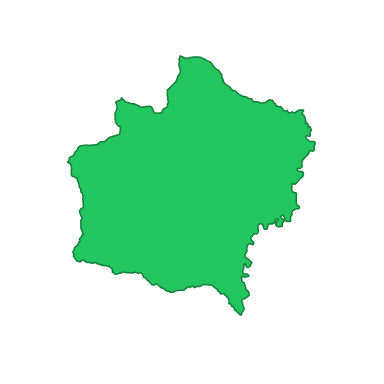 outline of Balboa, Cauca, Colombia, rotated 341°
{"feature_id": "7082276B98120491021397", "entity_name": "Balboa", "entity_type": "district", "adm_level": 2, "iso_a3": "COL", "parent_name": "Colombia", "parent_adm1": "Cauca", "projection": "albers", "projection_center": [-77.202, 2.077], "detail": "fine", "context": "isolated", "style": "filled", "palette": "green", "viewbox_px": 384, "rotation_deg": 341, "n_neighbors": 0, "source": "geoboundaries", "source_scale": "gbopen_adm2", "svg_char_len": 6010}
<svg xmlns="http://www.w3.org/2000/svg" viewBox="0 0 384 384"><g transform="rotate(341 192 192)"><path d="M91.8,118.9L87.3,119.5L86.2,121.6L85.3,122.6L84.2,123.1L84.6,124.2L85.7,124.6L86.0,125.1L86.3,128.0L85.8,130.6L85.0,131.8L84.8,133.0L83.7,135.5L83.6,137.2L84.1,138.4L85.5,139.1L86.7,140.9L88.0,141.4L87.5,142.5L87.7,148.2L87.3,148.9L87.0,150.8L87.7,152.7L87.0,156.1L87.8,157.2L87.8,157.8L87.4,161.5L86.4,162.9L86.5,164.3L85.7,165.3L85.7,166.9L85.0,168.7L84.7,170.6L83.7,171.2L81.2,171.9L79.4,173.4L79.1,178.1L79.7,180.2L79.5,181.0L78.0,182.3L77.3,183.4L77.1,185.0L76.5,185.8L76.4,186.5L75.4,189.3L75.1,191.1L75.4,192.2L75.2,195.7L75.4,196.8L75.1,197.1L73.8,197.1L73.6,198.1L72.4,198.5L72.1,199.1L70.7,199.4L70.2,200.1L70.5,201.4L70.0,202.0L68.7,202.5L68.3,203.7L67.0,204.2L66.8,205.0L63.0,206.3L62.2,207.6L59.6,210.2L60.1,212.0L58.9,214.4L59.4,215.3L60.4,219.1L61.5,220.7L62.2,220.8L63.0,221.4L64.3,221.7L65.5,220.4L67.3,221.3L68.2,223.0L69.0,223.1L69.3,224.1L69.8,224.5L72.8,225.7L74.7,227.2L76.2,227.1L77.8,227.4L78.8,228.1L79.0,229.1L80.5,229.8L82.6,231.7L83.4,231.9L84.0,232.6L87.0,233.7L87.5,234.4L89.4,235.3L91.3,238.5L91.2,240.2L90.6,241.9L91.2,242.4L92.7,244.9L99.0,245.5L100.7,245.2L103.1,246.6L109.6,249.3L112.3,249.3L114.9,251.5L115.8,251.3L117.6,251.6L118.3,253.2L118.5,257.1L120.1,258.1L120.7,260.3L121.3,260.9L121.4,261.6L122.3,262.2L123.6,266.2L124.1,266.8L125.5,267.6L127.7,267.6L129.4,268.1L131.2,272.0L134.3,274.7L134.8,276.2L136.2,277.7L137.5,278.0L139.0,279.8L141.8,280.7L144.0,280.0L147.1,280.5L152.5,282.4L154.0,281.1L155.3,281.4L156.0,280.4L157.6,280.3L158.7,281.5L161.9,281.2L162.7,282.2L162.8,282.9L163.4,283.2L165.5,282.9L168.7,284.0L170.4,283.5L172.8,283.3L177.2,285.1L178.2,285.8L180.0,286.1L183.9,292.0L184.4,294.4L185.4,295.4L185.7,297.3L186.3,297.9L187.3,297.9L189.0,298.7L191.0,302.9L191.6,303.7L191.7,307.3L190.5,309.5L192.6,310.9L192.7,311.5L192.2,312.0L192.2,312.6L192.4,313.1L193.3,313.6L193.9,314.7L193.9,317.3L195.1,318.6L195.0,319.6L196.1,320.7L196.9,323.0L198.4,324.4L199.7,322.6L202.4,320.5L203.5,319.0L203.2,316.0L203.6,313.2L203.5,310.8L205.9,309.8L208.1,310.0L209.1,309.7L212.4,308.2L212.9,307.3L212.9,304.5L211.5,301.4L211.8,295.0L210.8,293.8L210.1,291.9L210.3,291.0L210.9,290.0L210.7,288.6L211.0,288.2L211.7,288.2L213.1,288.7L214.3,289.7L218.1,290.2L218.5,289.4L217.8,288.0L216.8,287.3L214.9,286.7L214.1,285.6L213.9,284.9L214.2,283.3L216.2,280.6L217.4,278.0L218.2,277.1L218.9,277.1L219.2,280.6L219.6,281.4L220.5,281.6L222.6,281.1L225.0,278.6L225.6,278.4L223.1,273.5L221.6,271.6L221.2,270.2L221.8,268.2L223.6,267.0L224.8,265.7L225.8,262.3L226.6,261.1L228.1,259.9L229.2,259.7L231.5,260.4L232.0,261.6L233.1,261.4L233.8,260.2L233.8,259.3L232.5,257.0L232.3,255.5L232.5,254.8L233.8,253.7L236.6,252.1L238.2,252.1L239.9,252.7L241.1,251.9L242.3,250.0L242.7,247.2L243.3,245.5L245.0,244.3L246.6,244.3L247.8,245.2L248.2,246.3L248.1,250.2L248.6,250.8L250.2,251.6L251.6,251.0L252.6,248.4L253.3,247.7L255.0,247.3L256.7,248.2L258.8,248.3L260.8,247.6L262.0,245.0L263.5,245.0L264.2,245.6L264.2,246.3L261.0,248.8L260.5,250.1L260.7,251.0L261.1,251.9L262.5,253.1L266.0,253.8L266.4,253.5L266.8,251.7L267.3,250.8L268.7,250.3L269.7,249.2L269.4,247.8L268.2,246.3L267.8,245.3L268.2,244.3L269.4,243.5L270.1,243.5L270.7,244.2L271.4,250.1L272.4,250.9L275.1,251.8L276.2,251.0L276.5,248.2L279.3,245.9L279.7,244.0L280.5,242.7L283.6,241.9L285.8,241.9L286.9,242.5L288.0,242.2L288.7,241.3L288.8,240.7L287.2,238.7L287.0,237.4L287.5,234.9L290.2,227.5L290.0,226.6L287.6,225.2L287.0,223.9L287.2,221.5L288.5,218.8L288.8,217.0L289.4,216.8L291.1,217.9L292.4,218.2L295.5,216.6L298.3,214.6L301.8,213.5L303.4,211.0L303.4,209.6L302.9,208.8L299.0,206.6L298.7,205.6L299.1,204.4L300.1,204.2L301.3,204.8L302.3,204.9L303.9,204.2L304.8,203.0L305.1,200.5L306.6,198.2L309.1,196.5L314.6,194.0L315.4,192.6L316.8,191.6L318.1,191.7L319.4,192.8L320.5,192.7L321.6,191.6L322.3,188.3L323.4,187.6L324.5,185.5L324.5,184.8L323.5,183.9L319.5,182.3L317.7,179.0L317.3,177.4L317.6,176.5L319.3,176.1L320.6,177.4L321.8,177.4L322.6,176.2L322.9,173.8L325.0,172.4L325.1,170.2L324.5,169.6L324.7,168.5L323.9,168.0L323.2,168.3L323.0,167.9L323.8,165.6L323.6,164.5L321.9,164.4L321.6,163.9L321.7,163.4L322.7,162.5L322.3,161.4L322.9,160.5L322.8,158.9L323.1,157.8L322.8,156.5L321.8,154.7L321.8,154.0L323.0,152.0L324.1,151.3L323.9,150.7L320.4,149.5L319.2,149.5L317.1,149.8L314.9,150.9L313.1,149.0L309.6,148.8L308.8,147.7L308.7,146.0L306.9,146.1L305.2,144.9L304.8,143.5L304.8,142.4L304.2,141.8L303.6,140.1L302.0,139.8L301.1,138.8L299.7,138.4L299.9,137.9L299.5,137.4L299.7,136.0L298.3,134.1L298.3,132.5L297.8,131.4L297.1,131.5L295.6,130.1L294.7,130.0L290.5,131.3L289.2,130.9L287.8,131.2L285.1,129.7L283.7,128.2L280.7,127.2L279.8,126.6L278.8,124.9L278.9,124.1L278.3,123.1L276.3,122.3L274.8,120.3L272.8,118.7L271.3,118.3L267.5,113.9L266.6,111.8L265.4,109.9L263.5,109.5L263.3,108.5L262.1,107.4L262.4,106.5L262.3,105.6L258.8,101.0L257.7,98.1L258.0,96.6L257.6,92.8L258.4,90.8L258.2,89.9L257.6,88.9L257.4,87.1L256.3,85.2L255.1,84.0L254.3,82.7L253.0,79.2L252.7,77.3L251.8,75.3L248.9,72.7L247.3,70.6L243.6,67.2L240.4,65.8L236.7,64.7L230.5,63.9L229.2,63.2L226.5,60.6L225.0,59.6L222.9,62.3L222.8,64.2L221.1,67.0L220.4,73.8L219.6,75.5L216.3,77.9L214.8,80.0L212.8,82.3L211.5,83.1L201.9,87.6L200.3,91.8L199.8,95.2L199.1,96.2L199.2,98.6L198.7,99.6L197.3,101.0L196.8,103.0L195.7,103.6L192.1,104.2L190.7,105.2L188.8,107.3L183.5,105.7L182.7,105.2L182.0,103.9L181.7,99.4L180.6,97.4L175.3,95.9L171.8,95.5L166.0,89.7L163.4,88.8L160.6,86.6L158.9,85.8L155.9,80.1L154.9,81.4L153.4,81.8L149.9,81.8L149.1,82.3L149.2,85.5L148.8,87.7L147.0,90.5L145.1,92.1L144.4,93.2L144.1,95.0L143.0,98.1L142.6,102.3L143.6,105.2L144.1,106.0L145.2,106.5L145.2,108.0L142.8,113.4L141.0,113.9L133.4,113.5L131.2,113.6L125.7,115.9L125.1,115.9L122.2,114.8L120.4,115.1L118.8,115.9L117.7,116.1L114.8,115.8L112.4,114.8L110.0,114.5L107.4,113.2L101.4,112.0L100.2,112.2L98.4,113.4L96.7,115.3L94.1,116.3L93.7,117.5L92.5,118.1L91.8,118.9Z" fill="#22c55e" stroke="#15803d" stroke-width="1.5"/></g></svg>